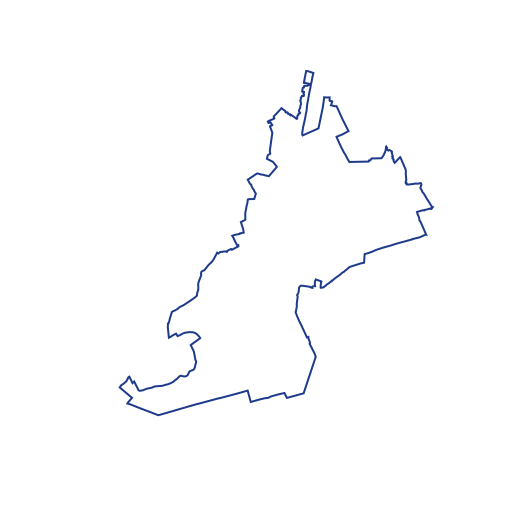 Ion Corvin, Constanta, Romania (Albers equal-area conic projection), rotated 244°
{"feature_id": "2599482B50527625942304", "entity_name": "Ion Corvin", "entity_type": "district", "adm_level": 2, "iso_a3": "ROU", "parent_name": "Romania", "parent_adm1": "Constanta", "projection": "albers", "projection_center": [27.813, 44.131], "detail": "fine", "context": "isolated", "style": "outline", "palette": "blue", "viewbox_px": 512, "rotation_deg": 244, "n_neighbors": 0, "source": "geoboundaries", "source_scale": "gbopen_adm2", "svg_char_len": 6061}
<svg xmlns="http://www.w3.org/2000/svg" viewBox="0 0 512 512"><g transform="rotate(244 256 256)"><path d="M139.2,265.5L142.2,265.9L153.6,265.7L153.9,266.3L154.2,266.5L158.6,267.0L160.3,267.6L160.4,266.1L174.7,266.4L178.8,266.3L184.7,266.6L186.7,266.9L187.9,266.9L191.8,269.9L193.2,270.8L194.2,271.2L194.6,271.3L201.5,275.8L202.6,275.7L203.1,276.0L203.6,277.1L204.2,277.8L205.1,278.6L208.8,280.9L209.4,282.1L209.6,283.5L208.2,285.8L204.9,290.6L204.2,291.3L203.5,291.6L202.8,292.6L203.6,292.7L203.7,293.8L203.5,294.6L203.0,295.9L204.0,296.2L205.8,296.9L208.0,298.5L208.7,299.5L208.0,300.0L206.7,301.5L204.4,303.6L203.7,302.9L202.4,302.0L200.4,300.8L199.2,300.2L198.9,300.4L198.7,301.5L198.3,302.3L198.3,303.0L198.6,304.6L198.9,306.0L199.3,306.9L199.5,309.2L200.2,312.1L200.0,312.8L200.6,313.3L200.7,315.0L201.4,317.6L202.2,322.5L203.2,326.4L203.2,327.9L203.7,329.4L204.1,331.5L204.9,334.3L205.1,335.5L203.5,346.3L203.5,346.5L202.6,350.2L209.9,354.4L210.1,354.8L209.7,356.3L209.0,361.3L208.8,366.7L207.7,374.5L207.0,378.3L206.7,379.6L205.4,388.3L202.4,404.1L202.6,404.2L201.1,410.8L200.9,416.0L200.8,418.2L200.7,418.3L214.6,418.9L216.3,418.6L219.0,419.4L222.9,419.6L225.0,420.0L224.1,425.4L223.7,426.7L223.4,426.9L223.2,427.3L223.5,427.7L223.0,429.5L222.6,431.7L222.3,432.6L222.2,434.0L221.5,434.0L221.4,434.3L222.4,436.3L223.1,435.5L223.4,435.7L224.5,435.6L226.0,435.3L227.1,435.3L232.0,434.7L238.4,434.2L240.6,433.6L242.9,433.8L244.6,433.5L245.0,433.5L245.4,433.8L247.7,436.0L248.9,436.2L249.3,436.1L249.5,435.8L249.7,434.3L250.2,432.9L250.7,431.9L251.3,431.1L251.5,429.8L253.3,424.6L253.7,423.7L254.3,422.7L255.7,423.3L256.0,422.6L257.0,423.0L257.8,423.6L258.0,424.1L258.2,424.3L264.4,426.7L265.7,427.5L267.9,428.4L281.1,429.0L281.7,428.9L279.0,421.5L280.1,421.3L281.5,421.4L282.3,422.0L283.1,421.8L283.5,421.5L284.0,421.4L284.3,421.7L284.5,422.1L284.7,422.4L285.7,422.1L285.9,422.6L286.4,422.9L286.9,422.8L288.0,423.1L289.3,423.2L289.6,423.7L290.3,423.9L290.7,423.8L292.8,422.4L292.8,421.1L294.8,420.3L295.5,421.2L297.3,421.0L297.1,420.7L294.2,418.9L292.7,417.4L290.6,414.8L289.1,412.2L288.9,411.6L293.0,402.6L291.9,400.8L292.4,399.4L291.5,398.6L299.6,381.1L303.4,380.8L304.2,380.9L306.9,380.7L307.4,380.8L310.7,380.4L316.2,380.3L319.4,380.3L327.8,380.6L327.8,381.4L327.4,386.8L327.7,393.9L340.8,393.7L355.3,394.1L355.4,393.6L356.8,391.6L358.6,389.5L361.5,392.3L362.2,391.7L363.0,390.3L363.5,390.3L366.3,391.7L367.7,388.6L368.8,386.9L360.7,381.5L343.3,368.1L343.9,350.8L344.8,350.8L346.1,351.3L347.2,352.1L350.6,354.4L358.1,360.4L362.6,363.7L363.5,364.5L367.4,367.0L368.4,367.5L379.3,375.4L383.8,379.0L386.5,380.8L388.3,382.4L392.8,385.7L395.3,387.8L398.9,384.2L400.3,382.2L392.0,375.9L391.6,376.0L391.2,375.8L391.1,375.7L391.2,375.4L390.6,375.0L388.1,378.6L387.1,379.6L386.4,378.9L386.6,377.6L386.4,377.0L387.7,374.2L387.7,373.8L387.4,373.5L386.6,373.0L386.7,372.0L386.3,371.5L383.7,369.6L382.5,371.1L381.8,370.7L381.9,370.2L381.4,369.9L380.6,369.7L380.2,369.9L379.8,369.8L378.9,369.1L378.9,368.9L379.7,367.4L378.9,366.5L378.8,365.9L378.6,365.7L377.7,365.3L376.5,364.3L376.4,364.0L375.7,363.7L375.1,363.8L373.1,363.2L371.0,361.3L370.1,360.9L368.6,359.1L368.1,358.8L367.9,358.4L367.1,358.1L365.3,358.4L365.1,358.2L364.9,357.7L365.3,356.8L365.2,356.5L364.2,356.0L364.1,355.0L363.9,354.7L363.2,354.2L361.4,353.2L361.4,352.7L362.1,352.2L363.6,351.6L368.0,349.0L367.6,348.5L369.2,347.9L369.5,347.3L369.7,347.2L370.7,347.4L371.0,347.4L371.4,347.0L371.6,346.9L371.7,345.9L371.9,345.7L372.9,345.6L373.6,345.9L375.8,344.6L377.7,343.8L374.8,336.4L373.9,333.7L373.6,333.1L373.1,332.8L372.0,333.0L371.6,332.7L371.5,331.9L371.8,327.4L371.7,325.6L370.0,325.6L369.8,327.5L368.9,327.8L367.7,327.8L366.7,328.1L366.4,327.9L366.4,327.7L366.6,325.6L366.5,325.4L359.6,324.7L344.9,314.8L343.9,314.3L341.8,313.7L341.6,313.3L341.6,312.0L341.5,311.2L341.2,310.6L340.8,310.2L338.6,308.4L333.2,312.5L327.4,313.8L327.1,313.8L326.9,313.7L322.1,302.6L324.8,299.1L325.3,298.8L327.3,296.0L329.4,293.7L329.6,293.2L329.6,292.2L328.2,282.0L323.4,282.3L322.2,283.0L321.5,282.7L320.2,282.6L317.8,282.7L316.5,283.1L315.4,282.9L312.1,283.2L308.1,279.5L308.1,279.1L310.3,274.3L310.4,273.5L310.3,273.4L307.4,271.5L305.4,269.7L302.2,267.4L299.8,265.5L298.9,265.0L293.4,262.4L293.2,262.1L293.1,257.3L285.7,256.2L282.4,255.2L283.3,251.7L283.0,251.6L283.0,251.1L284.4,245.6L284.5,244.5L284.6,243.5L282.1,243.7L277.9,243.6L273.6,243.8L273.5,244.8L272.4,244.4L272.2,237.1L273.2,236.7L273.2,235.1L273.3,234.8L273.1,232.7L273.2,232.4L272.5,231.7L272.7,231.3L273.1,231.1L273.6,230.4L275.3,225.4L274.7,223.3L276.0,222.6L271.9,216.9L270.7,214.9L269.8,212.9L268.8,209.5L265.8,203.3L266.0,201.8L265.9,200.2L264.2,198.7L263.5,198.7L262.6,198.2L257.7,192.9L255.7,191.5L252.4,190.1L250.6,189.0L248.7,187.1L246.2,185.4L245.6,183.3L244.5,176.7L243.6,169.5L243.5,168.7L243.6,167.3L243.5,164.6L242.8,162.2L242.6,159.0L242.7,157.3L242.5,155.8L236.8,150.5L236.3,150.1L235.7,149.8L234.6,148.4L233.7,147.8L233.8,147.2L230.6,145.5L220.8,141.9L220.8,144.8L221.1,145.4L221.3,150.1L218.4,150.4L218.2,152.7L218.4,156.3L218.2,158.1L217.8,159.7L217.4,161.0L216.6,163.1L215.1,165.8L213.7,167.4L212.2,168.3L210.6,169.0L208.1,169.7L206.6,169.8L204.6,158.3L197.5,158.3L189.1,156.0L187.5,156.0L186.3,155.3L185.5,154.5L185.3,154.2L183.2,152.7L181.9,151.3L181.3,150.4L181.2,149.0L181.5,146.5L181.2,145.3L178.9,142.4L178.6,140.9L178.7,140.1L179.2,138.6L180.8,136.6L181.3,135.9L181.5,135.1L181.3,134.2L180.1,130.6L180.0,129.2L179.4,127.5L179.2,126.3L179.1,123.3L179.3,120.7L180.0,117.7L180.2,115.7L180.6,114.3L181.7,111.6L183.2,107.7L183.3,104.7L184.6,99.5L184.9,95.3L185.8,92.4L186.8,91.6L187.4,91.6L196.5,91.5L195.8,89.3L203.1,89.3L203.1,88.6L203.0,88.3L200.6,85.1L200.2,84.4L199.2,80.8L198.9,78.2L197.6,75.9L182.9,82.4L180.3,76.4L179.8,75.7L177.5,78.2L169.3,85.7L155.7,98.4L149.0,137.0L147.8,142.7L144.5,159.9L144.1,161.1L140.8,177.7L138.7,189.5L127.1,187.3L125.4,196.6L124.4,201.2L123.0,205.3L123.3,206.8L123.1,208.6L122.1,214.0L120.4,221.5L114.9,221.6L111.7,238.6L139.2,265.5Z" fill="none" stroke="#1e3a8a" stroke-width="2"/></g></svg>